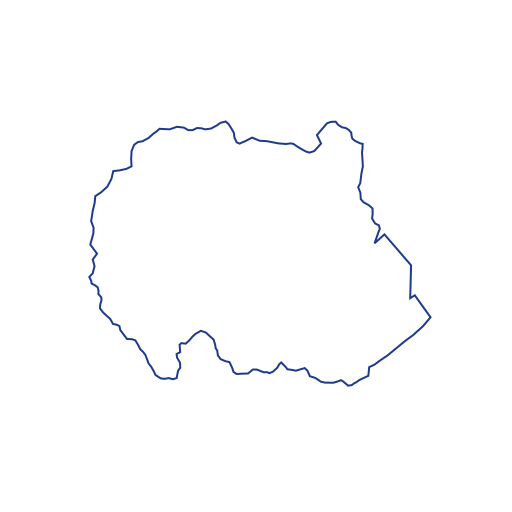 the district of Kuala Pilah, Negeri Sembilan, Malaysia, rotated 318°
{"feature_id": "92858781B70284069917848", "entity_name": "Kuala Pilah", "entity_type": "district", "adm_level": 2, "iso_a3": "MYS", "parent_name": "Malaysia", "parent_adm1": "Negeri Sembilan", "projection": "mercator", "projection_center": [102.206, 2.725], "detail": "fine", "context": "isolated", "style": "outline", "palette": "blue", "viewbox_px": 512, "rotation_deg": 318, "n_neighbors": 0, "source": "geoboundaries", "source_scale": "gbopen_adm2", "svg_char_len": 2593}
<svg xmlns="http://www.w3.org/2000/svg" viewBox="0 0 512 512"><g transform="rotate(318 256 256)"><path d="M118.0,160.1L117.0,164.1L115.4,166.4L116.7,170.0L117.4,173.3L115.7,176.5L113.4,178.8L113.4,183.1L111.8,185.3L107.6,188.0L105.0,190.6L104.6,195.5L105.0,200.4L105.6,204.9L104.3,210.8L106.6,214.1L107.6,216.7L105.6,220.2L104.6,231.3L108.2,234.9L109.9,237.9L108.9,243.1L107.6,248.0L107.9,251.6L107.6,255.5L104.3,264.0L104.0,268.2L103.0,272.8L101.7,277.3L103.3,283.2L105.9,286.1L106.0,286.2L109.5,288.4L111.8,292.0L115.4,293.6L121.3,289.1L124.9,288.4L128.1,284.5L129.4,278.6L131.4,275.7L135.3,276.7L139.9,270.8L142.2,270.8L145.1,274.1L149.3,274.1L155.2,273.4L159.1,273.4L165.0,274.7L167.6,279.6L167.9,283.5L168.6,289.7L166.3,294.6L164.3,297.6L164.0,300.2L161.1,304.4L160.7,309.0L163.0,313.9L165.3,317.1L163.4,323.3L161.7,327.2L162.7,330.8L166.0,333.4L171.5,338.0L177.7,338.3L180.6,340.9L183.9,347.5L186.5,349.8L187.5,352.0L191.1,353.3L197.0,353.3L200.9,352.0L203.5,352.0L203.8,358.9L203.5,361.2L205.8,363.8L209.0,368.0L213.3,370.0L217.2,371.9L217.5,375.5L215.6,381.4L218.5,386.3L219.1,388.6L220.1,392.8L222.4,396.1L228.6,401.9L232.8,403.9L236.1,405.2L236.8,407.5L237.6,413.2L237.7,414.0L240.7,416.0L243.9,416.3L246.2,417.0L249.8,417.3L259.3,420.2L265.8,414.3L271.3,416.0L277.9,416.6L287.0,417.9L309.8,418.9L319.9,419.9L327.4,419.9L333.3,419.9L344.7,418.3L347.7,391.5L342.4,390.5L365.0,366.7L365.9,325.9L352.6,325.9L363.2,320.1L366.3,318.6L367.8,315.5L366.3,311.5L367.3,305.9L370.8,302.8L374.4,298.7L373.9,294.1L371.9,288.0L371.9,283.9L375.9,278.8L378.0,273.2L382.1,271.7L385.6,268.7L389.7,265.1L395.3,261.0L399.4,255.9L404.1,249.9L406.7,247.7L410.3,244.1L408.7,241.8L406.7,236.9L406.1,233.3L407.4,230.7L409.3,228.1L409.3,224.2L408.3,220.9L406.1,218.0L404.8,213.4L405.1,209.5L401.5,206.5L397.6,204.9L382.2,206.9L379.6,216.0L369.5,217.0L365.0,215.0L363.0,211.8L361.4,207.2L360.1,203.0L358.8,197.7L357.1,195.5L353.2,192.8L348.0,187.3L340.8,177.8L335.9,172.9L332.3,165.4L323.9,163.2L323.2,162.8L319.0,161.5L317.7,158.6L319.3,153.4L321.9,149.8L322.9,145.5L323.9,139.7L323.5,135.8L318.6,133.2L314.4,132.8L307.9,131.2L303.0,127.9L301.0,124.7L297.8,121.4L293.2,120.1L289.9,117.2L288.3,112.3L283.7,107.1L276.6,104.1L269.4,96.9L265.3,96.9L261.3,96.4L255.1,96.4L248.5,94.8L244.4,92.3L239.9,91.8L233.7,94.8L228.1,100.4L223.5,106.1L217.9,104.5L211.8,101.0L206.7,97.4L200.1,102.0L191.9,105.0L183.3,105.0L176.6,104.0L171.6,108.6L164.9,113.2L156.8,119.8L154.2,126.4L150.1,130.5L140.5,136.6L139.4,147.9L132.3,149.4L129.2,155.5L123.1,159.6L118.0,160.1Z" fill="none" stroke="#1e3a8a" stroke-width="2"/></g></svg>